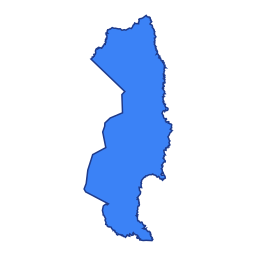 Wassa Amenfi Central, Western, Ghana (orthographic projection)
{"feature_id": "2480657B10255028610816", "entity_name": "Wassa Amenfi Central", "entity_type": "district", "adm_level": 2, "iso_a3": "GHA", "parent_name": "Ghana", "parent_adm1": "Western", "projection": "orthographic", "projection_center": [-2.243, 5.739], "detail": "fine", "context": "isolated", "style": "filled", "palette": "blue", "viewbox_px": 256, "rotation_deg": 0, "n_neighbors": 0, "source": "geoboundaries", "source_scale": "gbopen_adm2", "svg_char_len": 5872}
<svg xmlns="http://www.w3.org/2000/svg" viewBox="0 0 256 256"><path d="M108.3,226.8L108.9,226.6L109.3,227.0L110.7,227.0L111.3,227.4L111.6,228.5L113.0,229.8L113.1,230.6L113.8,230.3L114.7,230.5L114.8,231.4L115.3,231.8L115.3,232.4L116.9,233.1L116.5,233.9L116.7,234.5L117.7,235.0L118.5,234.1L119.3,234.6L120.8,234.6L121.1,235.3L121.6,235.5L121.4,235.0L122.5,235.0L123.8,236.6L124.6,236.6L124.5,236.1L125.4,237.3L126.7,236.1L126.7,235.3L127.6,234.9L128.6,235.9L129.7,236.2L129.4,234.9L129.8,233.9L131.7,235.4L133.3,234.9L132.8,233.3L133.3,232.6L134.2,233.7L136.0,234.9L136.6,234.8L137.8,235.6L138.0,236.3L137.2,236.6L136.8,237.6L137.2,238.3L138.0,238.3L138.9,237.6L139.6,239.4L139.9,238.9L140.5,239.0L140.5,240.0L143.1,240.5L146.2,240.3L152.0,240.6L152.7,239.6L152.4,239.4L152.6,239.1L151.9,238.6L152.2,237.6L150.8,236.2L150.9,234.6L150.3,234.6L150.5,233.5L151.1,233.4L150.2,233.1L150.2,232.2L149.3,231.9L149.1,231.3L147.8,231.5L146.8,230.3L146.6,230.6L146.7,230.1L145.5,229.2L146.0,228.4L144.2,229.1L143.9,228.5L143.1,228.4L144.3,227.6L144.4,226.9L145.2,226.3L145.4,225.6L144.3,225.3L144.0,225.7L142.5,223.7L142.1,222.3L141.3,222.1L140.5,222.7L138.9,221.3L138.8,220.9L137.7,220.7L137.3,217.6L137.5,216.4L136.7,216.3L136.2,215.6L137.4,215.3L137.9,214.8L136.8,214.1L136.8,213.2L137.5,212.8L137.8,212.1L137.1,210.9L137.8,209.5L137.6,207.8L138.0,206.2L139.0,205.9L139.4,204.8L139.3,203.8L138.7,203.1L139.2,202.3L138.8,201.5L138.6,199.6L137.3,199.4L138.1,198.2L137.2,197.7L140.3,193.9L140.6,191.9L140.5,191.4L139.6,190.6L139.1,187.3L141.6,187.6L141.1,186.1L141.1,183.9L141.5,183.4L141.0,182.6L141.5,181.7L141.5,180.5L143.9,177.5L144.4,177.4L144.7,176.9L145.5,176.9L145.9,175.8L147.2,175.8L148.2,175.1L149.7,174.6L151.3,174.7L152.8,174.0L153.2,174.6L155.9,175.4L156.8,176.9L157.5,177.1L158.3,176.4L158.8,176.5L160.1,178.9L161.2,178.9L162.6,180.3L163.3,179.4L163.2,178.9L163.9,178.9L165.3,178.1L165.0,176.3L164.2,175.1L161.7,175.3L161.0,174.5L161.6,173.3L163.4,173.5L163.0,172.2L162.4,171.9L162.1,169.4L161.3,168.8L162.2,167.7L162.9,166.1L161.7,165.9L161.6,165.0L162.2,164.7L163.4,162.5L164.3,161.9L165.2,161.9L165.3,161.0L164.0,159.4L164.0,158.9L163.3,158.5L163.7,158.0L163.4,157.6L164.2,156.4L163.9,156.0L164.0,155.5L164.7,154.9L165.3,154.9L164.3,153.2L163.8,150.3L164.6,150.0L166.0,150.3L166.0,148.9L165.6,148.6L165.8,147.9L166.6,147.9L167.1,147.5L167.7,147.6L167.6,147.0L168.8,147.0L168.5,145.7L169.6,145.4L169.8,145.0L169.4,144.8L169.7,144.4L169.0,142.7L169.6,141.1L169.9,140.9L168.9,139.6L168.9,138.9L167.9,136.8L168.9,135.5L170.1,132.7L171.6,131.5L171.6,130.4L171.9,130.3L170.3,129.3L170.8,128.5L171.7,127.8L171.4,127.0L171.7,124.7L171.0,124.0L169.8,123.8L169.1,123.1L168.4,123.2L168.7,121.7L168.2,121.6L166.3,122.2L166.1,121.4L165.4,120.9L165.7,119.8L166.5,119.2L166.4,118.8L166.0,118.5L165.1,118.9L164.1,118.3L163.3,116.5L163.4,115.8L162.0,113.4L162.8,111.4L163.7,110.7L164.6,110.9L164.8,111.4L165.6,109.8L166.1,110.6L167.0,110.5L167.7,110.1L168.1,109.0L167.8,108.2L166.3,107.4L165.7,107.5L164.9,105.6L165.4,104.4L164.5,104.2L164.5,103.6L164.1,103.7L164.2,103.3L163.6,103.0L163.6,102.5L163.0,101.9L163.1,101.4L163.8,101.2L163.0,99.5L163.2,97.2L162.7,96.9L163.3,96.4L163.7,96.6L163.3,96.7L163.6,97.0L164.0,96.5L163.4,94.4L164.1,93.9L165.1,93.7L164.4,92.9L164.7,91.7L163.1,89.3L163.4,88.8L162.5,88.6L162.4,88.2L163.0,87.0L163.4,87.4L163.5,86.8L164.2,86.4L164.0,85.7L163.0,84.9L163.1,83.9L163.4,84.3L163.7,83.8L163.3,83.5L163.4,82.8L163.7,82.5L164.9,82.8L165.0,82.4L164.5,81.8L164.8,81.0L164.3,79.6L164.7,79.3L163.7,78.8L164.3,78.5L164.1,78.0L164.9,77.3L164.6,76.6L164.0,76.6L164.9,75.4L164.6,75.0L163.6,75.5L163.4,74.0L163.7,74.0L164.0,73.0L164.0,71.6L164.6,70.6L164.1,69.7L164.0,69.0L164.6,68.4L164.3,67.5L164.5,67.2L165.6,67.5L164.5,66.4L165.0,65.8L164.9,65.3L164.4,65.5L163.8,64.1L164.1,63.5L164.0,62.5L163.5,62.5L163.3,63.0L162.8,62.6L163.2,62.2L162.7,61.9L162.6,61.4L163.1,61.2L163.1,60.8L162.7,60.7L162.6,61.1L161.3,60.7L160.5,58.2L160.0,58.4L159.9,58.0L159.7,58.2L158.8,57.8L159.4,57.2L159.8,56.2L159.1,55.9L158.9,56.1L158.2,54.3L157.0,53.8L156.6,54.0L157.4,52.6L157.4,51.8L157.0,51.4L157.3,51.2L156.7,50.0L156.0,50.0L156.1,48.5L155.4,47.9L155.9,47.1L155.7,47.1L155.5,46.0L155.2,45.9L155.3,45.7L154.3,44.1L154.9,42.9L154.2,42.1L154.3,41.5L155.0,41.0L154.4,38.1L155.3,37.9L155.9,36.7L154.4,34.6L154.7,34.0L154.3,33.6L154.4,32.5L154.8,31.8L154.3,31.5L154.2,30.0L153.7,29.8L153.4,28.5L152.3,27.6L152.5,26.6L152.1,25.2L150.1,24.2L150.2,23.4L151.7,21.7L150.6,20.5L151.0,20.1L150.5,19.5L150.1,17.7L149.4,17.7L149.4,17.1L147.2,16.8L146.2,15.4L142.7,18.0L141.1,18.6L140.1,18.6L138.9,19.3L138.8,19.8L139.2,20.2L139.0,21.7L138.5,22.2L138.6,23.7L135.7,23.6L134.7,23.0L134.0,24.6L133.2,25.2L132.4,27.1L131.4,28.5L129.4,28.1L125.9,30.1L124.2,29.7L122.4,30.2L121.6,30.1L120.3,28.8L118.5,28.9L115.4,28.2L114.0,28.3L112.2,27.6L110.3,29.1L109.9,29.0L108.2,29.9L107.7,29.8L107.1,31.3L107.4,31.9L107.3,32.8L106.9,32.8L107.6,33.4L106.4,33.5L105.9,33.9L106.4,34.3L106.3,35.0L106.8,35.4L107.0,36.9L106.8,37.8L106.5,37.9L106.8,38.8L106.3,39.5L105.8,39.1L105.4,39.9L105.7,41.5L105.4,41.7L105.9,42.1L105.4,43.2L104.8,43.6L105.2,43.9L105.2,44.4L104.4,44.4L103.9,44.9L103.2,45.7L103.1,46.5L102.3,47.0L102.1,47.7L101.8,47.7L101.5,48.2L100.2,47.7L99.3,48.0L99.2,47.6L98.7,47.7L98.6,47.4L98.0,47.7L98.0,48.5L97.6,48.4L97.3,49.0L96.7,48.6L96.1,49.1L95.4,51.1L95.7,52.1L95.5,53.9L95.0,54.4L94.1,54.2L93.8,54.6L94.4,55.6L94.1,56.3L93.5,56.5L93.2,57.2L92.3,57.0L92.0,58.4L91.4,58.7L91.5,59.1L91.1,59.2L124.8,91.5L121.9,94.6L122.5,112.8L110.2,118.0L104.9,123.0L104.7,126.3L102.7,132.0L105.8,147.6L92.7,154.6L87.8,170.1L86.2,183.5L84.1,189.0L85.7,191.9L108.4,203.8L107.3,204.8L105.7,204.2L103.6,205.7L103.3,206.1L102.4,210.4L103.2,213.9L103.1,214.9L103.8,215.2L105.7,218.9L105.0,220.0L106.0,222.5L105.7,224.4L106.8,224.7L107.3,226.1L108.3,226.8Z" fill="#3b82f6" stroke="#1e3a8a" stroke-width="1.5"/></svg>